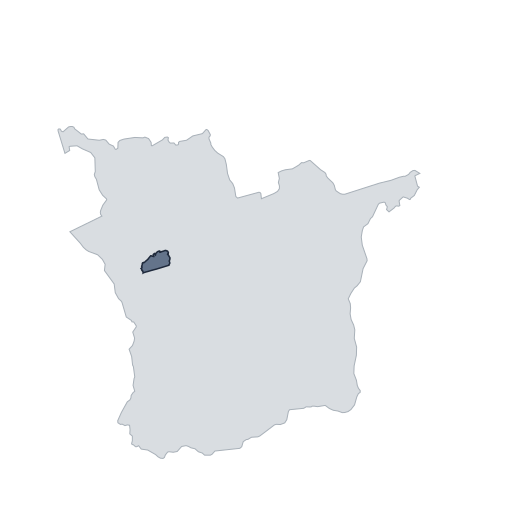 Kongolo, Katanga, Democratic Republic of the Congo (highlighted), rotated 163°
{"feature_id": "63176286B90330150002289", "entity_name": "Kongolo", "entity_type": "district", "adm_level": 2, "iso_a3": "COD", "parent_name": "Democratic Republic of the Congo", "parent_adm1": "Katanga", "projection": "mercator", "projection_center": [26.751, -5.433], "detail": "fine", "context": "in_parent", "style": "filled", "palette": "slate", "viewbox_px": 512, "rotation_deg": 163, "n_neighbors": 0, "source": "geoboundaries", "source_scale": "gbopen_adm2", "svg_char_len": 6541}
<svg xmlns="http://www.w3.org/2000/svg" viewBox="0 0 512 512"><g transform="rotate(163 256 256)"><path d="M426.9,333.6L391.7,339.2L392.4,341.2L392.1,343.3L391.2,345.0L387.6,349.4L382.3,353.4L382.3,354.4L384.9,358.9L386.6,365.1L386.2,376.0L386.9,378.9L386.8,381.2L385.0,383.8L381.4,397.0L383.8,403.3L390.8,409.3L394.9,413.7L401.7,415.3L402.8,415.1L403.3,411.4L408.7,410.0L408.7,433.6L408.3,434.9L407.3,435.2L406.0,434.5L405.6,432.2L404.2,431.2L397.5,434.2L395.8,434.1L393.9,433.6L392.5,432.4L392.2,430.6L387.4,423.7L385.1,423.2L382.5,417.0L372.0,412.5L367.9,412.1L365.8,410.8L363.7,405.9L360.2,402.8L359.4,399.3L358.7,398.8L356.6,399.5L354.7,405.0L352.4,406.3L348.0,406.4L337.2,404.8L329.5,402.0L327.5,402.2L324.4,399.7L323.1,395.4L323.8,392.2L323.2,391.7L311.5,394.4L308.6,396.1L306.0,395.7L305.2,394.8L306.3,392.5L305.7,390.1L304.9,389.0L301.4,388.1L300.3,385.5L298.2,385.1L297.4,385.5L296.9,387.3L295.6,387.9L288.6,387.0L281.3,389.3L271.5,388.7L266.8,391.5L266.1,391.4L265.1,390.0L264.2,385.5L264.7,384.3L266.2,383.4L266.7,381.7L266.2,377.1L266.6,376.0L266.1,373.3L264.6,369.1L262.6,365.7L258.1,360.5L257.3,358.1L257.6,352.3L259.1,343.2L258.9,336.4L257.1,332.1L256.7,327.3L257.9,318.8L256.7,316.8L234.5,316.1L233.5,315.4L233.1,314.3L234.1,309.2L220.6,310.5L216.5,311.5L214.0,313.5L213.1,316.1L213.1,319.8L211.0,323.3L210.4,329.3L206.7,329.9L202.9,329.9L195.7,328.7L188.6,330.4L185.2,332.0L183.3,331.2L177.0,331.8L176.2,331.4L169.0,319.6L165.7,315.7L165.1,313.8L165.4,312.0L164.5,309.5L161.1,303.5L160.5,300.7L160.7,296.3L160.3,294.8L157.2,291.0L155.2,289.8L153.0,289.1L116.7,289.6L104.6,288.9L95.9,289.4L91.4,289.1L90.2,288.6L86.2,289.4L84.1,290.9L80.9,291.8L79.0,291.4L75.2,287.1L80.4,286.3L80.7,285.9L81.1,275.5L79.7,274.0L82.5,272.2L86.9,267.6L91.2,266.0L91.8,265.1L92.7,265.1L94.3,267.0L98.0,269.5L102.7,267.3L103.1,266.7L103.7,262.2L104.9,261.9L106.9,262.8L108.0,262.8L110.0,261.5L115.9,259.3L117.6,262.2L116.0,264.7L116.8,266.6L116.9,269.4L117.9,270.1L122.5,270.4L123.9,269.7L133.1,259.5L135.6,258.3L139.5,254.2L144.6,252.4L146.9,249.2L149.8,243.4L151.2,235.2L150.7,220.9L151.1,219.0L157.3,212.6L163.7,200.9L168.1,197.9L171.3,196.6L176.3,192.4L180.3,188.1L179.8,182.9L180.7,178.7L182.9,173.2L183.6,167.5L182.8,161.4L183.1,156.5L186.1,148.5L186.4,139.5L189.0,131.8L194.3,122.2L196.8,115.0L196.3,107.8L197.0,102.6L196.7,99.5L195.7,96.8L196.3,95.1L198.3,94.5L200.8,91.8L205.3,84.8L210.1,81.4L213.5,80.3L217.0,80.4L219.3,81.0L223.0,83.8L227.2,85.9L230.4,88.7L233.5,92.9L241.1,93.9L244.3,95.4L246.2,96.0L247.0,95.6L248.5,95.8L252.1,97.1L254.9,96.4L268.9,99.2L270.5,97.8L274.4,90.5L277.3,88.0L282.0,87.7L285.8,89.1L287.7,89.1L304.9,82.8L307.1,82.5L313.3,84.0L317.4,83.0L319.0,83.3L322.5,82.2L325.4,77.8L327.7,76.8L352.3,81.5L356.1,79.2L357.9,78.9L363.4,80.6L365.0,83.3L368.3,85.6L370.7,89.5L374.3,91.6L376.2,93.6L378.3,95.1L382.8,95.6L388.5,92.1L392.5,92.5L396.5,94.3L397.9,94.3L400.9,92.2L402.5,90.1L404.1,89.6L406.5,90.6L408.4,92.6L410.1,95.5L416.3,102.1L422.2,104.9L423.7,108.9L425.9,108.5L427.0,108.9L428.5,111.4L429.6,111.9L429.8,113.0L428.3,115.4L426.9,119.9L428.7,122.8L427.2,126.8L426.4,131.1L428.4,132.1L430.9,132.1L433.1,134.3L434.9,134.6L436.8,136.9L436.4,138.9L430.5,145.7L421.7,154.2L418.7,155.2L417.2,156.7L416.1,159.2L413.5,161.3L411.5,162.1L411.4,168.2L408.4,174.5L407.3,175.8L405.6,186.0L405.9,187.8L404.3,196.2L404.6,204.0L400.3,206.5L397.4,210.3L396.1,213.0L396.1,219.3L391.3,223.2L390.9,224.1L392.2,228.6L393.9,229.3L394.0,230.8L397.9,235.6L397.7,250.4L397.9,251.9L399.9,255.4L401.3,262.1L399.8,270.7L405.2,286.4L402.7,292.2L403.9,297.7L407.1,303.5L414.6,309.2L416.6,311.5L418.5,314.7L420.3,319.6L426.9,333.6Z" fill="#d9dde1" stroke="#a8b0b8" stroke-width="1"/><path d="M356.6,287.0L357.6,286.4L358.3,285.9L359.4,285.2L360.1,284.7L360.3,284.4L360.7,284.3L361.0,284.3L361.5,283.9L361.9,283.7L362.2,283.6L362.7,283.5L363.0,283.3L363.6,283.0L364.4,282.6L364.9,282.4L365.2,282.4L365.3,282.4L365.4,282.7L365.5,282.7L365.9,282.5L366.2,282.5L366.4,282.6L366.6,282.4L366.8,282.3L367.0,282.0L367.0,281.5L367.1,281.3L367.2,281.2L367.4,281.0L367.4,280.9L367.6,280.7L367.9,280.1L368.1,279.9L368.3,279.8L368.4,279.6L368.4,279.3L368.3,279.2L368.2,278.7L368.4,278.4L368.6,278.2L369.0,278.0L369.3,277.8L369.6,277.7L369.3,277.1L369.2,277.1L369.0,276.8L369.0,276.6L369.3,276.3L369.4,276.2L369.3,275.9L369.3,275.5L369.3,275.4L369.2,275.3L368.9,275.0L368.7,274.9L368.7,274.7L368.7,274.3L368.8,274.0L368.9,273.9L368.7,273.3L368.5,273.2L368.4,273.1L368.4,272.9L368.5,272.8L367.8,272.9L367.6,272.9L367.1,272.9L366.1,272.9L365.9,272.9L363.5,272.8L363.1,272.8L362.0,272.8L361.8,272.8L361.6,272.8L360.7,272.8L357.7,272.7L357.4,272.7L355.1,272.6L354.9,272.6L354.6,272.6L350.7,272.6L348.4,272.6L348.0,272.6L347.5,272.6L346.0,272.6L345.6,272.6L344.1,272.6L342.7,272.6L342.0,272.6L341.9,272.6L341.8,272.8L341.8,273.0L341.7,273.0L341.5,273.3L341.0,273.8L340.6,274.2L340.6,274.3L340.4,274.8L340.4,275.1L340.4,275.3L340.4,275.8L340.5,276.0L340.5,276.4L340.4,276.5L340.3,276.9L340.2,277.0L339.9,277.2L339.9,277.3L339.7,277.4L339.6,277.5L339.4,277.8L339.4,278.1L339.3,278.4L339.3,278.5L339.2,278.7L339.1,278.8L339.0,279.0L338.9,279.0L338.8,279.3L338.9,279.8L339.0,280.3L339.1,280.6L339.3,281.0L339.3,281.3L339.3,281.6L339.3,282.0L339.6,282.5L339.6,282.8L339.8,283.2L340.0,283.2L340.1,283.3L340.0,283.5L339.8,283.6L339.7,283.7L339.6,283.9L339.6,284.0L339.3,284.1L339.2,284.0L339.0,284.5L338.8,285.0L338.7,285.2L339.0,285.6L339.1,285.8L339.1,286.2L339.1,286.4L339.2,286.6L339.6,286.9L339.8,286.9L339.9,287.0L340.0,287.0L340.3,287.2L340.4,287.3L340.5,287.6L341.0,287.7L341.2,287.9L341.3,287.9L341.7,287.8L341.9,287.8L342.2,287.8L342.4,287.8L342.6,287.8L342.8,287.7L343.1,287.7L343.4,287.8L343.6,287.7L344.1,287.7L344.3,287.7L344.4,287.8L344.5,287.8L344.8,287.8L345.0,287.8L345.2,287.7L345.4,287.7L345.5,287.7L346.1,287.5L346.8,287.6L346.9,287.8L346.8,288.0L346.6,288.4L346.5,288.6L346.6,288.9L346.9,289.0L347.3,289.1L347.6,289.0L347.8,289.0L348.1,289.0L348.4,289.0L349.2,288.8L349.8,288.5L350.1,288.2L350.4,288.1L350.6,288.0L350.7,287.9L351.3,287.7L351.4,287.4L351.6,286.7L351.7,286.4L351.8,286.3L351.9,286.5L352.0,286.7L352.1,286.8L352.1,287.3L352.0,287.5L351.9,287.8L352.2,288.1L352.8,288.0L353.2,287.7L353.4,287.6L353.6,287.6L353.8,287.5L353.8,287.4L353.9,287.1L354.0,286.9L354.0,286.6L354.0,286.4L353.8,285.9L353.8,285.7L353.9,285.3L354.1,285.3L354.1,285.2L354.2,285.4L354.2,285.5L354.3,285.5L354.5,285.7L354.6,285.8L354.6,286.0L354.8,286.0L355.0,286.0L355.3,286.1L356.2,286.9L356.6,287.0Z" fill="#64748b" stroke="#1e293b" stroke-width="1.5"/></g></svg>